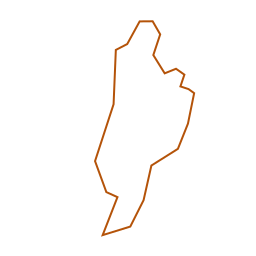 Delvinë, Vlorë, Albania (Robinson projection), rotated 240°
{"feature_id": "67620474B1879164611880", "entity_name": "Delvinë", "entity_type": "district", "adm_level": 2, "iso_a3": "ALB", "parent_name": "Albania", "parent_adm1": "Vlorë", "projection": "robinson", "projection_center": [20.095, 39.973], "detail": "fine", "context": "isolated", "style": "outline", "palette": "amber", "viewbox_px": 256, "rotation_deg": 240, "n_neighbors": 0, "source": "geoboundaries", "source_scale": "gbopen_adm2", "svg_char_len": 428}
<svg xmlns="http://www.w3.org/2000/svg" viewBox="0 0 256 256"><g transform="rotate(240 128 128)"><path d="M47.9,52.5L41.5,80.7L57.7,105.4L83.8,129.5L85.0,160.8L101.8,182.1L125.1,202.7L131.4,199.9L137.8,194.2L146.0,203.5L155.3,199.2L157.0,187.1L178.5,186.4L193.0,202.7L208.1,202.7L214.5,191.4L201.1,169.3L201.7,156.5L155.8,127.4L115.8,82.9L83.3,77.2L73.4,84.3L47.9,52.5Z" fill="none" stroke="#b45309" stroke-width="2"/></g></svg>